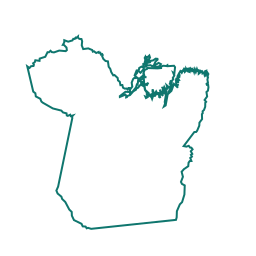 SVG path tracing the border of Pará, rotated 350°
{"feature_id": "BRA-594", "entity_name": "Pará", "entity_type": "State", "adm_level": 1, "iso_a3": "BRA", "parent_name": "Brazil", "parent_adm1": "", "projection": "natural_earth1", "projection_center": [-50.886, -3.617], "detail": "fine", "context": "isolated", "style": "outline", "palette": "teal", "viewbox_px": 256, "rotation_deg": 350, "n_neighbors": 0, "source": "natural_earth", "source_scale": "10m", "svg_char_len": 5703}
<svg xmlns="http://www.w3.org/2000/svg" viewBox="0 0 256 256"><g transform="rotate(350 128 128)"><path d="M65.1,38.5L66.1,40.0L68.2,40.7L73.7,39.8L80.0,41.5L81.3,40.7L81.4,38.1L79.3,35.0L78.3,34.8L80.1,32.6L80.5,30.5L84.1,32.6L88.5,32.1L89.6,30.7L90.5,31.0L92.1,30.0L92.3,30.6L94.6,29.2L94.3,30.3L95.6,31.8L97.6,32.3L97.9,34.7L96.8,38.6L97.6,42.5L102.7,42.7L106.3,45.0L106.6,46.7L107.8,46.5L109.7,48.6L112.3,48.0L112.4,48.9L113.8,49.0L114.0,50.9L115.4,50.7L115.8,51.8L115.0,52.7L115.7,55.7L117.5,58.1L119.8,58.9L119.6,64.3L120.8,66.7L121.2,70.0L122.6,73.6L123.9,73.5L126.5,76.9L126.4,79.4L127.9,81.0L128.0,84.5L129.9,84.7L130.1,87.4L131.5,88.6L133.4,88.9L134.2,89.9L135.4,88.7L136.4,88.9L136.2,91.6L135.2,92.7L131.8,91.9L125.5,95.2L125.4,96.0L131.3,94.7L131.9,96.0L131.5,97.5L132.3,97.4L133.2,96.3L135.7,95.9L139.6,92.8L142.5,91.7L143.3,90.4L144.9,90.1L148.8,86.7L148.8,85.2L149.7,85.8L149.6,85.0L151.0,85.1L151.2,87.2L149.4,88.5L151.3,90.1L151.3,93.4L153.5,98.2L152.4,98.2L152.7,99.5L151.7,100.7L150.5,100.0L150.9,101.6L152.9,100.9L153.5,99.2L154.2,99.4L156.1,101.2L155.9,102.0L156.4,101.3L156.8,103.5L158.2,100.9L160.3,101.0L161.0,99.9L162.8,99.6L164.3,100.6L164.1,103.7L164.5,103.0L165.1,104.0L164.6,100.8L164.8,101.5L165.1,100.7L167.0,100.9L168.1,102.5L167.3,100.7L168.0,99.8L168.9,100.1L169.6,98.6L169.9,99.2L170.4,98.8L170.0,99.5L170.0,100.0L170.3,100.4L171.1,100.8L171.0,102.2L168.7,108.7L168.7,110.5L167.1,113.1L169.0,112.3L173.0,101.5L176.7,96.0L178.2,95.3L175.8,99.9L177.2,99.0L180.9,92.5L184.1,97.0L183.3,94.6L185.5,93.9L183.1,93.8L183.3,90.9L184.0,89.9L184.1,91.2L185.4,91.4L185.8,89.4L186.5,89.5L186.1,88.5L186.9,88.3L186.2,88.3L185.9,87.1L187.4,86.8L188.0,84.9L187.8,83.0L189.4,81.1L190.5,83.0L191.8,81.3L192.6,81.5L192.6,79.6L193.1,80.7L193.7,80.8L193.7,82.6L195.3,81.6L195.6,79.8L196.8,82.7L198.3,83.5L198.3,82.4L197.5,81.6L197.2,82.2L197.3,80.0L198.2,80.0L198.0,80.3L198.0,81.1L198.1,81.4L199.6,80.0L200.1,81.3L200.3,80.4L200.9,80.9L200.4,82.0L201.4,81.4L201.0,82.7L201.7,83.3L202.6,81.2L202.9,84.3L204.1,81.6L204.7,83.8L204.2,84.3L204.4,84.9L206.1,81.9L206.6,84.9L207.0,83.6L207.6,84.5L207.1,85.6L207.8,84.6L207.9,83.7L208.7,84.3L208.4,83.3L209.2,84.3L208.9,85.4L208.2,85.2L207.2,86.2L207.1,86.8L211.5,84.4L210.8,85.2L210.8,87.2L212.4,86.6L212.5,87.7L212.9,86.8L212.9,88.2L213.3,87.0L213.9,87.9L213.5,86.9L213.9,85.4L215.0,85.2L213.8,89.4L215.4,88.3L215.4,89.3L216.0,87.6L216.5,88.8L215.1,91.2L215.6,91.9L214.6,94.1L214.6,97.2L213.0,98.2L213.2,99.2L214.4,99.2L214.3,101.9L213.2,105.1L211.5,106.2L211.4,110.7L208.3,113.7L209.5,115.8L208.5,116.5L207.7,120.5L206.0,123.4L204.4,124.5L204.1,126.5L203.2,127.2L202.5,132.1L199.3,135.1L198.6,138.1L195.6,142.7L194.5,143.7L192.6,143.5L179.7,155.5L182.3,156.5L184.7,156.1L185.8,158.1L187.0,158.4L187.9,160.2L185.8,161.8L186.8,164.7L185.3,165.4L186.0,167.3L184.1,168.3L184.7,171.5L183.0,171.3L181.6,172.7L180.7,176.1L176.0,178.2L173.2,180.4L173.6,185.6L170.8,190.3L171.4,192.4L173.9,194.4L172.0,203.3L168.4,210.4L165.8,212.2L161.7,218.4L160.4,224.5L159.3,226.8L74.2,220.9L71.3,219.4L69.9,219.6L69.1,217.7L66.3,217.0L65.6,214.3L58.8,209.3L57.5,204.6L58.0,200.9L56.0,198.1L53.4,190.0L50.8,186.4L50.5,184.1L47.3,180.3L46.6,177.2L49.0,173.6L74.9,108.5L74.8,107.1L76.0,106.1L73.7,106.4L73.4,104.9L70.8,105.6L69.9,105.0L70.0,102.9L66.7,101.4L65.4,99.3L57.4,95.7L48.5,88.3L47.3,86.9L46.7,84.0L42.7,80.9L42.8,77.7L41.0,75.7L39.5,49.8L41.4,51.8L43.3,50.3L45.7,50.5L46.3,49.4L45.8,47.8L47.6,47.0L48.5,45.2L52.5,46.5L53.1,44.3L58.9,43.5L61.9,39.4L63.3,39.7L65.1,38.5ZM184.9,76.3L183.1,82.4L182.1,81.4L182.7,84.4L180.8,86.5L181.1,87.8L178.7,89.7L177.3,88.7L178.4,89.8L178.0,90.4L179.0,90.7L178.5,93.1L177.0,91.1L176.4,91.1L177.0,91.4L176.4,92.4L177.0,91.9L178.4,93.6L175.3,94.9L173.5,92.6L173.7,95.4L173.1,95.6L173.9,95.8L173.2,96.3L171.4,95.6L170.9,94.1L170.5,95.0L171.3,96.6L170.2,96.5L169.4,94.3L168.9,94.3L169.3,95.8L168.6,97.9L166.8,98.7L166.0,95.7L166.2,98.4L165.6,99.3L162.5,98.3L162.1,96.9L160.4,98.8L159.4,98.2L159.3,96.3L158.7,95.9L159.1,95.4L159.0,94.1L158.5,95.9L159.2,96.6L158.9,98.3L158.3,96.9L158.6,98.4L157.5,98.7L158.4,99.2L157.0,99.6L154.2,98.7L154.5,97.3L151.5,93.4L151.7,87.8L154.8,89.4L154.1,88.4L156.0,87.1L153.4,88.0L152.2,87.8L151.7,86.8L152.4,79.3L153.1,80.7L155.0,81.3L153.2,80.5L153.0,76.3L154.5,73.6L156.9,73.2L157.5,72.3L167.3,74.4L170.9,74.7L170.9,73.5L173.4,72.8L176.5,73.6L177.7,73.0L177.7,74.0L184.1,74.7L184.9,76.3ZM144.6,78.8L146.8,81.0L145.0,86.9L144.3,86.6L142.9,89.4L138.7,93.1L136.1,93.9L136.7,90.5L139.4,88.0L139.5,84.0L141.5,80.7L144.1,79.0L143.6,81.0L144.0,79.8L144.7,80.0L144.6,78.8ZM162.0,65.8L164.4,65.8L167.3,64.5L169.0,65.0L169.0,65.8L166.7,67.3L164.3,70.8L162.5,71.4L161.2,70.1L157.8,69.8L157.3,67.3L161.1,67.1L162.0,65.8ZM149.9,75.8L148.3,73.8L149.5,70.8L152.0,69.9L153.5,71.0L153.9,72.2L153.3,73.0L149.9,75.8ZM164.8,72.2L166.1,70.6L169.4,69.2L171.5,70.8L169.9,72.6L166.4,72.9L164.8,72.2ZM158.2,64.0L159.0,61.3L160.9,61.5L160.7,60.9L161.6,60.3L161.9,62.5L159.1,64.9L158.2,64.0ZM158.2,65.7L156.8,67.9L155.4,67.3L156.9,63.9L156.6,61.9L157.5,60.8L158.2,65.7ZM151.0,79.5L151.0,82.0L147.4,83.7L147.9,81.3L151.0,79.5ZM153.8,69.5L154.2,67.7L155.8,68.1L156.5,70.6L154.8,70.7L153.8,69.5ZM146.5,72.8L147.2,72.9L146.5,75.4L143.3,77.9L146.5,72.8ZM187.3,83.6L187.8,84.3L187.2,86.6L185.7,86.8L185.7,85.7L187.3,83.6ZM172.3,98.5L171.2,100.7L170.2,100.2L171.4,97.9L172.3,98.5ZM185.3,87.5L185.9,88.5L185.4,89.7L183.6,89.1L184.2,87.7L185.3,87.5ZM194.6,79.8L194.8,81.6L194.0,81.9L193.8,80.7L193.2,79.7L193.6,79.2L194.6,79.8ZM169.0,97.1L170.4,97.5L169.3,98.3L169.0,97.1ZM190.2,81.3L191.5,81.2L190.5,82.2L190.2,81.3ZM161.3,65.7L160.3,66.4L159.5,66.7L161.0,65.2L161.3,65.7Z" fill="none" stroke="#0f766e" stroke-width="2"/></g></svg>